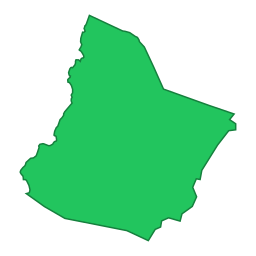 the district of Highland, Virginia, United States of America
{"feature_id": "52423323B76266562550307", "entity_name": "Highland", "entity_type": "district", "adm_level": 2, "iso_a3": "USA", "parent_name": "United States of America", "parent_adm1": "Virginia", "projection": "mercator", "projection_center": [-79.655, 38.386], "detail": "fine", "context": "isolated", "style": "filled", "palette": "green", "viewbox_px": 256, "rotation_deg": 0, "n_neighbors": 0, "source": "geoboundaries", "source_scale": "gbopen_adm2", "svg_char_len": 1652}
<svg xmlns="http://www.w3.org/2000/svg" viewBox="0 0 256 256"><path d="M26.3,193.6L44.5,206.6L64.9,218.4L126.8,230.6L148.3,240.6L155.2,229.4L160.6,227.0L161.6,220.9L168.6,217.8L180.1,221.1L182.0,213.8L192.3,206.4L196.6,196.8L192.7,187.3L196.3,178.8L200.1,179.5L201.8,170.3L217.6,145.0L228.7,130.7L235.7,129.8L235.7,123.8L229.6,119.6L234.1,114.0L209.2,105.5L163.5,89.1L153.6,66.9L144.3,47.0L139.8,42.1L139.2,41.1L139.1,40.2L137.6,37.7L137.4,37.4L137.0,37.2L135.2,36.4L129.7,32.6L125.0,31.3L122.7,31.0L89.4,15.4L86.4,23.8L85.5,25.5L85.0,25.7L84.1,28.7L84.5,29.3L85.1,31.3L83.6,32.4L82.6,32.2L80.8,38.4L80.6,41.8L81.8,44.6L81.0,46.8L79.2,49.9L79.8,50.5L80.6,50.8L81.8,52.3L83.5,55.3L83.9,57.1L83.3,57.9L82.3,58.0L81.5,58.5L81.0,59.0L80.8,59.6L80.3,61.4L78.7,59.9L76.0,59.8L75.5,61.1L75.5,63.1L74.9,64.9L72.6,67.7L71.3,67.4L70.9,67.6L69.9,68.8L68.6,72.6L68.9,74.1L69.5,75.8L70.4,76.0L70.1,77.5L69.5,77.8L68.0,79.3L67.7,79.9L68.0,82.2L69.5,82.6L71.4,85.5L72.3,88.3L72.6,89.3L72.6,92.8L72.3,93.3L71.2,95.1L72.1,97.2L71.3,98.8L71.2,100.5L71.5,101.8L71.9,102.5L72.0,103.2L64.7,111.8L63.6,113.9L63.7,115.2L62.0,117.7L60.1,119.6L57.8,126.2L56.3,127.6L54.7,131.2L54.0,135.1L54.5,135.7L55.7,136.0L56.1,136.5L56.5,139.0L56.6,140.3L56.4,140.6L56.0,141.2L55.0,141.4L53.8,142.3L52.7,144.2L50.1,145.6L48.6,145.7L43.7,143.8L42.8,143.7L39.9,144.3L38.7,146.0L39.1,147.4L37.5,152.3L36.2,155.8L33.5,157.9L30.6,158.3L26.1,162.4L25.4,164.8L24.8,165.9L22.9,167.6L20.9,170.1L20.3,171.6L20.3,172.5L21.4,174.3L22.9,176.0L23.2,177.1L23.4,179.6L25.5,179.6L26.6,180.6L29.0,185.5L30.0,189.9L29.4,192.4L28.9,192.9L26.3,193.6Z" fill="#22c55e" stroke="#15803d" stroke-width="1.5"/></svg>